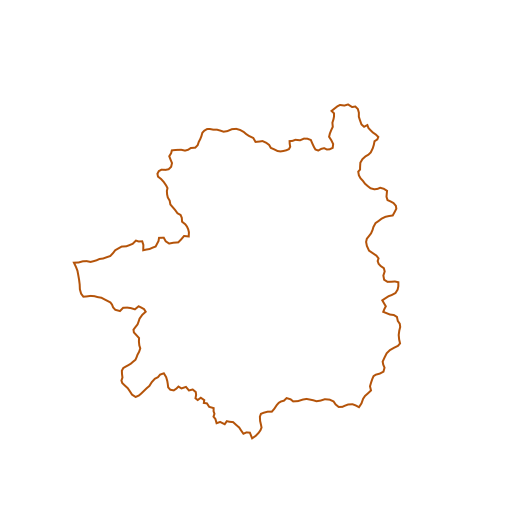 the district of Três Corações, Minas Gerais, Brazil, rotated 112°
{"feature_id": "56859067B1286472531500", "entity_name": "Três Corações", "entity_type": "district", "adm_level": 2, "iso_a3": "BRA", "parent_name": "Brazil", "parent_adm1": "Minas Gerais", "projection": "albers", "projection_center": [-45.209, -21.698], "detail": "fine", "context": "isolated", "style": "outline", "palette": "amber", "viewbox_px": 512, "rotation_deg": 112, "n_neighbors": 0, "source": "geoboundaries", "source_scale": "gbopen_adm2", "svg_char_len": 4963}
<svg xmlns="http://www.w3.org/2000/svg" viewBox="0 0 512 512"><g transform="rotate(112 256 256)"><path d="M330.4,422.3L333.6,418.8L336.6,416.0L340.2,413.7L344.2,411.2L348.5,408.8L352.9,406.8L356.5,404.0L358.4,400.8L357.0,398.0L355.0,394.5L353.8,390.8L353.4,387.3L352.6,383.7L353.0,380.0L353.3,376.6L353.6,373.6L355.0,371.3L357.2,369.2L358.6,366.3L358.0,361.5L353.8,359.8L352.1,356.1L351.2,352.6L350.8,348.3L346.6,346.0L346.8,343.0L347.2,339.9L349.0,337.4L353.1,339.4L357.7,340.5L360.6,340.3L363.8,340.2L367.2,341.2L370.2,342.0L372.6,340.6L374.3,337.0L375.9,333.7L379.2,332.5L382.6,330.7L385.0,328.7L388.6,328.5L392.0,328.9L394.6,328.8L397.4,328.9L400.1,330.4L402.7,331.7L405.1,333.5L407.5,335.5L409.6,337.1L412.6,337.4L415.5,336.1L418.7,334.3L421.9,334.1L423.9,332.4L425.2,329.2L426.6,325.4L428.6,322.4L431.0,319.0L431.8,314.8L429.2,312.3L426.5,310.9L422.9,309.3L419.5,307.8L416.5,306.2L412.0,305.4L407.7,303.8L405.1,301.5L401.9,300.5L399.3,297.5L402.0,293.9L405.2,291.4L407.5,290.0L410.7,288.2L412.1,285.4L411.4,281.9L408.7,280.1L406.1,279.0L406.7,275.5L403.6,271.9L405.8,267.8L403.5,264.7L404.7,260.9L407.2,259.5L410.6,258.8L411.4,256.1L408.1,254.1L409.0,250.0L411.8,249.3L411.0,246.3L413.4,242.9L412.9,238.3L415.8,237.2L417.9,235.4L420.9,235.2L422.3,232.6L425.8,229.9L423.3,227.1L423.7,222.0L420.1,221.2L419.6,218.4L418.6,215.0L420.2,210.7L421.4,207.2L423.2,204.7L425.5,201.1L423.1,198.7L422.1,195.5L426.5,191.3L422.9,188.9L418.9,187.3L415.9,186.6L413.0,186.6L410.7,188.1L407.4,190.4L403.5,192.2L400.5,192.3L398.4,190.1L396.0,186.9L394.4,183.0L390.8,181.8L386.4,180.9L383.6,179.9L381.5,178.3L379.7,175.9L376.3,174.4L375.9,170.2L376.9,167.1L374.8,162.7L371.5,158.7L369.6,155.6L368.9,152.1L368.3,148.8L368.0,145.5L365.9,142.0L363.0,138.5L361.6,133.9L361.8,129.6L363.8,126.6L365.0,122.8L363.5,119.4L361.6,117.6L359.2,115.0L357.3,111.0L357.2,107.7L357.6,103.9L353.2,103.0L348.2,103.2L344.9,102.5L341.5,100.8L337.6,99.0L334.1,101.5L330.0,101.9L326.3,102.1L323.3,102.0L321.1,100.4L318.7,97.2L315.5,94.5L311.4,95.0L309.1,97.3L306.5,99.0L302.1,98.8L297.2,98.4L293.1,96.6L289.2,93.5L286.1,90.7L283.1,89.7L279.8,92.0L275.8,94.1L271.5,95.2L267.8,95.7L265.0,97.3L263.1,100.2L259.7,102.5L259.1,106.1L260.1,109.9L260.1,113.9L260.1,117.1L256.9,117.1L254.0,116.8L252.2,119.2L249.8,122.3L247.0,120.4L243.6,118.0L241.4,115.6L238.1,112.8L234.1,112.1L230.7,112.7L227.0,114.2L227.6,117.7L229.1,120.7L230.7,124.4L230.0,128.3L226.4,130.6L222.1,130.9L219.4,132.9L218.6,136.6L217.3,139.4L215.1,141.3L212.3,141.5L210.6,144.4L209.6,149.0L208.7,153.2L205.1,157.0L201.7,159.2L198.5,159.7L195.5,158.8L191.9,157.8L188.1,157.7L185.2,158.0L180.7,157.5L177.7,155.5L174.3,153.5L171.2,150.7L169.2,147.8L167.2,144.4L163.0,143.9L159.6,143.6L157.1,145.1L155.4,148.3L155.0,151.8L154.9,155.0L152.2,157.2L149.6,158.0L146.5,158.9L145.8,162.7L146.2,166.4L148.2,168.4L149.8,171.2L150.3,175.2L149.3,178.7L148.1,182.1L146.3,185.0L144.8,188.2L142.7,190.8L139.5,192.8L136.9,191.9L134.3,192.9L130.4,194.2L126.3,193.6L122.6,191.8L119.9,189.7L117.0,188.4L112.3,188.1L108.8,188.4L105.2,189.1L102.5,187.2L99.8,187.2L98.5,190.4L97.7,194.0L96.5,196.9L95.2,199.7L92.9,201.8L95.7,204.2L94.5,207.5L90.9,210.7L88.4,212.8L84.6,214.3L81.6,216.6L80.2,219.9L81.9,222.7L81.0,227.4L83.4,230.4L84.5,234.7L86.7,236.6L90.0,238.5L93.2,240.3L94.5,237.1L97.5,235.9L100.2,235.4L103.8,235.1L107.5,233.2L111.0,233.4L114.7,233.4L118.1,232.9L120.5,229.5L123.3,226.4L127.0,225.4L129.5,227.7L130.7,230.2L130.5,233.2L132.2,235.6L134.9,237.8L135.0,240.8L133.3,243.0L130.6,245.9L127.9,248.6L128.0,252.4L129.2,255.5L132.2,258.5L133.5,263.0L135.6,265.3L136.9,267.9L139.3,266.8L141.9,265.2L144.6,265.5L146.7,267.6L148.4,270.0L149.9,272.5L150.6,275.4L150.3,279.2L150.2,282.8L148.1,285.4L147.2,288.9L147.0,293.0L148.7,295.9L150.4,299.2L147.6,302.7L147.3,307.6L146.6,310.9L145.6,313.8L145.1,317.9L145.5,321.9L147.4,325.8L150.9,329.3L152.9,332.6L153.1,336.0L153.5,339.6L154.9,343.1L155.5,346.2L156.6,348.9L159.2,350.9L161.8,351.9L165.5,351.5L168.5,351.5L171.6,351.8L175.1,351.6L178.3,352.9L180.3,356.9L182.9,358.7L184.9,361.3L185.5,365.0L186.9,368.3L188.2,371.0L189.6,373.6L192.5,373.2L196.0,373.8L198.8,371.2L201.3,368.7L205.1,368.1L208.3,369.5L210.0,372.1L211.4,376.0L213.7,377.9L216.7,378.2L219.1,376.6L220.2,372.8L221.9,369.3L224.3,365.7L226.2,363.5L229.1,363.0L232.2,361.5L234.8,359.7L237.0,356.8L240.3,354.7L241.8,351.8L243.6,348.3L245.8,344.8L246.2,341.3L248.4,339.1L251.9,337.4L253.1,333.4L254.6,331.0L256.6,328.9L259.1,327.1L263.1,325.7L264.4,330.2L268.9,331.7L272.5,333.2L274.6,337.5L277.0,341.2L276.2,345.2L273.6,348.4L275.5,352.7L278.6,352.0L281.5,352.3L284.8,352.6L287.0,355.0L289.4,357.3L291.1,360.1L292.9,362.7L287.9,364.6L285.0,367.0L286.5,370.2L286.7,373.1L290.9,374.9L293.6,377.7L295.6,379.9L297.6,384.1L300.6,386.5L303.4,388.7L306.7,389.6L310.6,391.1L313.0,393.9L315.6,396.8L317.4,400.0L319.7,402.2L321.6,404.6L323.5,407.2L324.2,411.1L325.8,414.6L328.5,418.1L330.4,422.3Z" fill="none" stroke="#b45309" stroke-width="2"/></g></svg>